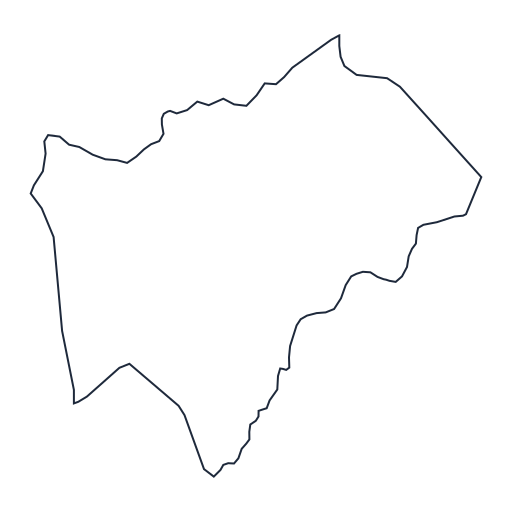 the Province of Komondjari
{"feature_id": "BFA-2875", "entity_name": "Komondjari", "entity_type": "Province", "adm_level": 1, "iso_a3": "BFA", "parent_name": "Burkina Faso", "parent_adm1": "", "projection": "equal_earth", "projection_center": [0.776, 12.701], "detail": "fine", "context": "isolated", "style": "outline", "palette": "slate", "viewbox_px": 512, "rotation_deg": 0, "n_neighbors": 0, "source": "natural_earth", "source_scale": "10m", "svg_char_len": 1462}
<svg xmlns="http://www.w3.org/2000/svg" viewBox="0 0 512 512"><path d="M339.3,35.4L339.3,46.0L340.6,56.8L344.4,66.0L356.6,74.9L387.1,78.2L399.9,86.7L424.2,113.6L449.7,142.0L481.3,177.1L481.2,177.3L466.0,214.2L463.0,215.7L454.4,216.5L436.9,222.2L423.4,224.8L418.1,227.9L416.6,235.1L415.9,243.6L412.0,248.8L408.7,256.3L407.0,267.0L402.0,276.4L395.7,281.9L389.4,280.8L386.1,279.7L383.6,279.2L377.5,276.9L370.4,272.3L362.9,271.8L356.5,273.8L351.2,276.4L345.7,285.1L341.0,298.3L334.1,309.0L325.7,312.4L316.6,313.1L307.0,315.6L300.7,319.2L296.6,325.4L290.1,346.0L289.0,357.4L289.3,367.6L286.2,369.9L282.9,368.9L280.2,368.5L278.0,376.0L277.3,389.5L269.6,400.4L266.7,408.2L258.6,410.8L258.5,416.5L255.8,420.8L250.3,424.5L249.3,431.8L249.4,439.4L246.3,443.6L241.7,448.8L238.4,458.3L234.0,463.5L228.2,463.2L223.3,464.9L220.5,469.9L213.8,476.6L204.0,469.1L184.5,415.1L178.6,405.8L129.4,363.8L119.4,367.8L86.9,396.6L78.3,401.8L73.9,403.4L73.9,389.9L62.1,330.9L53.6,237.0L41.7,208.3L30.7,193.5L33.9,185.3L42.9,171.2L45.6,153.6L44.3,141.4L48.1,135.1L59.7,136.6L69.1,144.7L79.3,147.0L92.7,154.7L105.4,159.3L117.1,160.2L127.1,162.9L136.3,156.6L143.9,149.4L151.1,144.2L159.2,141.1L163.5,133.8L161.9,124.5L161.8,118.4L163.8,113.8L167.8,111.5L170.1,110.9L176.7,113.4L187.1,110.1L197.3,101.6L208.7,105.2L223.3,98.7L234.1,104.4L246.4,105.8L256.6,95.3L264.7,83.4L276.0,84.2L284.1,77.1L292.3,67.7L331.1,39.8L339.0,35.5L339.3,35.4Z" fill="none" stroke="#1e293b" stroke-width="2"/></svg>